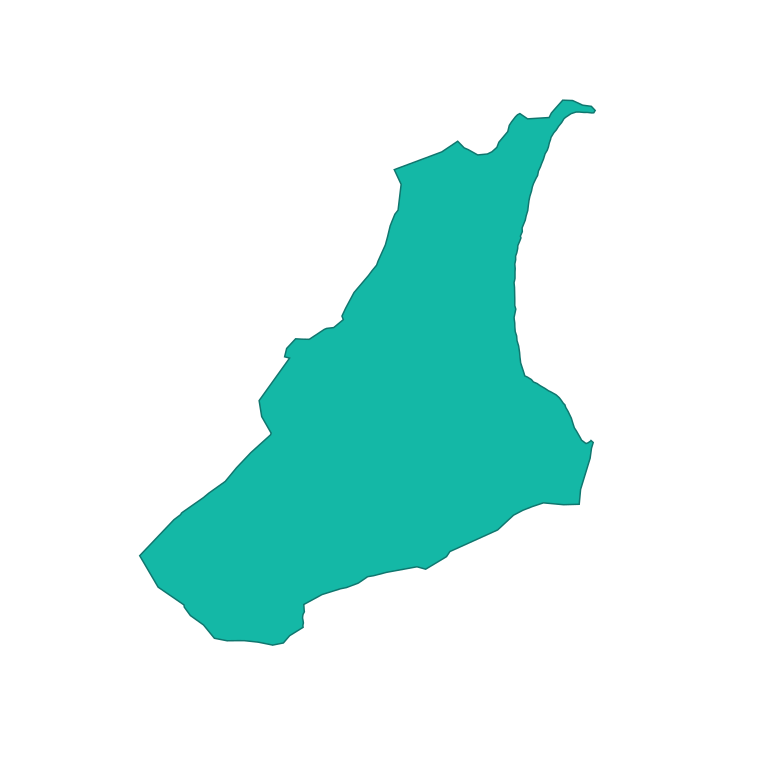 Konshisha, Benue, Nigeria, rotated 252°
{"feature_id": "59680162B50777093344409", "entity_name": "Konshisha", "entity_type": "district", "adm_level": 2, "iso_a3": "NGA", "parent_name": "Nigeria", "parent_adm1": "Benue", "projection": "robinson", "projection_center": [8.769, 7.045], "detail": "fine", "context": "isolated", "style": "filled", "palette": "teal", "viewbox_px": 768, "rotation_deg": 252, "n_neighbors": 0, "source": "geoboundaries", "source_scale": "gbopen_adm2", "svg_char_len": 2822}
<svg xmlns="http://www.w3.org/2000/svg" viewBox="0 0 768 768"><g transform="rotate(252 384 384)"><path d="M406.8,260.1L390.8,257.6L372.2,261.5L370.7,260.4L359.9,236.2L350.0,218.0L340.4,202.9L334.4,183.8L331.7,177.0L324.4,153.1L323.8,151.5L322.6,150.2L319.9,142.4L296.2,98.6L260.6,106.4L235.7,125.5L233.5,125.1L223.6,128.3L210.6,137.9L194.6,144.1L188.3,155.4L184.9,166.3L183.0,172.0L177.4,184.5L170.3,197.1L170.1,197.3L168.8,208.3L173.8,216.5L177.6,231.9L179.0,232.1L180.1,232.6L181.0,233.1L181.6,233.5L182.2,233.6L184.7,234.0L186.5,234.2L188.4,235.0L189.9,235.8L192.0,237.9L193.7,238.2L199.1,239.6L202.9,260.0L202.8,269.6L202.7,279.3L202.0,285.4L202.6,298.1L205.8,308.9L204.9,314.8L204.1,328.2L200.0,358.7L199.7,359.3L195.0,366.4L200.5,390.1L204.3,394.9L210.1,447.0L219.2,466.6L221.0,477.1L221.6,487.2L221.7,498.9L213.7,517.5L209.3,532.5L223.0,538.4L249.7,557.1L258.8,561.5L263.7,564.9L266.3,563.4L265.9,562.9L265.0,559.8L265.0,557.7L269.6,554.5L271.6,554.2L279.8,552.5L283.5,551.5L287.6,551.5L288.1,551.5L293.6,551.6L301.0,550.6L305.6,549.6L308.4,549.6L310.2,548.6L313.9,547.5L316.7,546.5L319.7,544.8L320.4,544.4L325.0,540.2L326.9,538.2L329.6,536.1L334.3,531.9L335.9,530.7L337.1,529.8L339.8,526.7L342.6,525.6L346.3,522.5L348.2,520.4L350.9,520.5L357.4,520.5L362.0,520.5L363.8,520.9L367.5,521.6L372.1,522.7L378.6,523.8L384.1,523.9L388.7,525.0L393.3,525.0L397.9,526.1L401.6,527.2L403.7,527.6L405.0,527.8L407.1,528.3L410.8,530.4L414.5,532.5L418.1,532.6L424.6,534.7L428.3,535.8L431.9,536.9L435.6,538.0L440.2,539.0L442.5,540.4L443.9,541.2L450.3,543.3L453.1,544.4L457.7,545.5L461.4,547.6L465.0,548.7L467.7,550.8L471.5,553.0L474.2,554.0L477.9,557.2L480.6,559.4L482.5,559.4L486.1,562.6L489.8,563.6L496.2,569.0L499.9,571.1L502.8,573.1L504.5,574.3L509.1,576.4L513.7,578.6L517.4,580.7L521.9,583.9L525.6,586.0L528.4,588.1L530.5,590.1L532.9,592.4L534.8,594.5L538.8,596.7L542.1,599.8L544.9,602.0L548.5,605.1L553.1,608.3L555.9,611.5L558.6,613.6L562.3,615.8L565.0,617.9L566.9,619.0L568.7,621.1L570.5,623.2L572.4,626.4L575.1,629.6L577.8,633.8L580.6,637.0L581.5,639.1L582.4,642.3L583.3,645.4L583.3,648.6L583.3,650.7L582.3,653.8L580.5,658.0L579.5,661.2L577.6,665.4L577.1,667.3L578.9,669.4L584.0,667.0L587.8,659.1L595.3,651.0L598.7,641.7L592.4,630.9L589.9,626.8L586.4,623.4L591.8,602.5L599.2,596.8L598.8,594.2L597.5,591.6L593.9,586.3L591.3,583.1L585.8,579.7L578.5,568.0L574.2,564.5L571.5,558.4L570.8,553.4L572.9,543.9L580.9,536.5L583.8,533.2L592.1,529.1L586.9,510.7L584.7,460.0L568.6,462.0L545.0,451.1L542.1,446.8L535.7,441.4L532.4,438.7L523.1,433.0L515.9,428.3L502.8,416.4L499.3,413.7L495.5,407.7L491.8,402.5L480.3,383.8L467.9,370.9L461.6,365.0L457.8,365.2L453.2,353.6L454.6,346.6L454.4,344.1L449.6,326.7L452.0,319.8L454.3,313.9L447.9,302.4L440.6,297.9L437.8,302.2L406.8,260.1Z" fill="#14b8a6" stroke="#0f766e" stroke-width="1.5"/></g></svg>